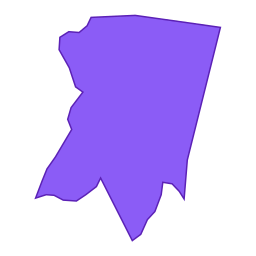 outline of Viçosa, Rio Grande do Norte, Brazil
{"feature_id": "56859067B18888799469795", "entity_name": "Viçosa", "entity_type": "district", "adm_level": 2, "iso_a3": "BRA", "parent_name": "Brazil", "parent_adm1": "Rio Grande do Norte", "projection": "natural_earth1", "projection_center": [-37.965, -5.993], "detail": "fine", "context": "isolated", "style": "filled", "palette": "violet", "viewbox_px": 256, "rotation_deg": 0, "n_neighbors": 0, "source": "geoboundaries", "source_scale": "gbopen_adm2", "svg_char_len": 531}
<svg xmlns="http://www.w3.org/2000/svg" viewBox="0 0 256 256"><path d="M187.3,160.0L220.4,27.4L135.2,15.4L91.1,17.4L87.1,25.8L79.1,32.5L68.8,31.7L59.9,37.3L59.1,49.7L69.3,67.8L75.6,86.9L82.9,92.1L71.1,107.6L67.7,119.3L71.7,129.5L55.4,157.0L47.0,168.9L42.1,181.0L35.6,198.1L46.2,194.7L54.1,195.3L63.2,200.1L76.4,201.0L85.8,194.7L96.4,186.6L100.6,178.0L132.3,240.6L140.8,234.3L147.4,219.6L154.9,211.5L161.2,194.7L162.8,182.3L172.1,183.8L179.3,191.4L184.1,199.0L187.3,160.0Z" fill="#8b5cf6" stroke="#5b21b6" stroke-width="1.5"/></svg>